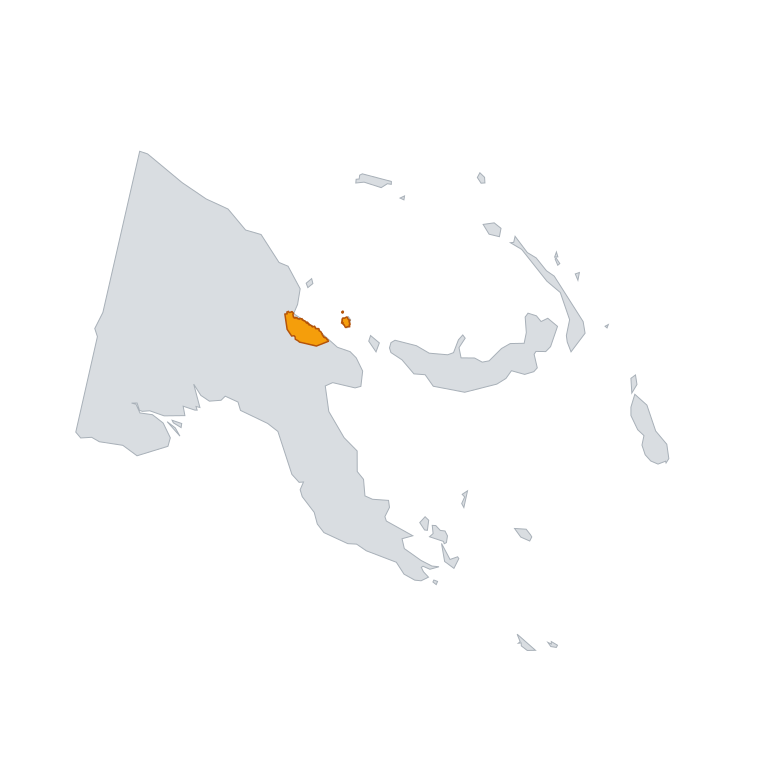 Rai Coast District, Madang, Papua New Guinea shown in context, rotated 13°
{"feature_id": "67681753B12323407332592", "entity_name": "Rai Coast District", "entity_type": "district", "adm_level": 2, "iso_a3": "PNG", "parent_name": "Papua New Guinea", "parent_adm1": "Madang", "projection": "robinson", "projection_center": [146.508, -5.549], "detail": "fine", "context": "in_parent", "style": "filled", "palette": "amber", "viewbox_px": 768, "rotation_deg": 13, "n_neighbors": 0, "source": "geoboundaries", "source_scale": "gbopen_adm2", "svg_char_len": 8437}
<svg xmlns="http://www.w3.org/2000/svg" viewBox="0 0 768 768"><g transform="rotate(13 384 384)"><path d="M94.5,500.2L94.1,402.3L89.7,395.0L94.0,377.5L93.6,212.2L101.9,213.0L142.0,233.2L169.1,243.7L192.7,248.6L214.5,265.1L230.6,266.0L254.4,289.2L264.0,290.8L280.9,310.1L281.9,325.9L280.1,335.8L305.8,345.3L330.4,358.7L343.7,360.1L351.1,364.8L360.3,376.2L362.0,391.5L356.7,394.3L333.7,394.2L327.2,399.1L336.4,423.2L357.2,445.3L372.9,455.3L377.6,475.3L385.5,481.5L390.6,497.3L398.7,498.9L414.6,496.4L417.1,503.0L414.7,513.0L417.1,517.0L446.2,525.4L436.4,530.7L440.8,539.8L459.8,547.6L471.6,550.6L478.7,549.7L470.4,554.2L463.0,552.8L461.6,554.3L464.7,558.1L470.8,562.2L464.4,567.4L458.1,568.2L446.3,564.8L436.1,554.9L404.3,550.5L393.3,546.2L384.6,547.7L358.9,542.3L350.5,535.4L344.9,524.8L329.7,512.2L326.1,505.9L327.6,497.6L323.4,498.9L314.6,492.8L291.3,454.1L279.5,448.6L250.1,442.0L245.8,434.4L232.0,431.6L228.9,436.5L217.7,440.0L208.1,436.3L198.6,426.9L209.9,448.3L205.9,448.2L207.8,451.5L205.6,452.0L193.3,450.8L197.1,459.6L176.9,464.5L161.8,462.8L154.6,465.0L151.7,464.7L147.7,458.1L142.3,459.4L146.9,459.5L152.7,467.1L165.3,466.0L177.6,471.7L187.9,484.5L187.5,493.3L159.5,509.5L143.3,502.5L119.6,504.3L111.2,501.7L100.6,504.8L94.5,500.2ZM517.2,283.3L523.0,287.8L528.8,283.1L540.1,288.8L537.9,310.1L534.3,316.0L524.7,318.1L523.6,321.3L529.7,333.8L527.2,338.3L518.9,343.0L505.2,342.4L501.6,351.1L494.0,358.7L464.5,373.9L432.5,375.1L422.0,365.7L410.9,367.4L396.1,356.4L383.7,351.8L381.2,347.6L381.5,342.1L384.9,338.9L407.0,339.4L421.1,343.8L439.5,341.2L444.7,337.8L446.6,324.2L449.7,318.5L452.8,321.1L448.9,331.7L453.2,341.2L466.4,338.3L474.8,340.6L481.2,337.8L490.5,323.0L497.9,316.2L511.4,312.8L511.1,301.9L506.5,287.0L508.4,282.6L517.2,283.3ZM678.3,392.6L676.6,397.5L675.7,395.9L669.0,400.4L661.2,399.0L654.4,394.2L649.1,385.5L648.9,375.8L641.5,371.5L631.7,359.2L629.8,351.0L630.7,337.6L644.9,345.4L659.3,368.7L673.1,379.1L678.3,392.6ZM568.5,289.3L559.0,310.6L553.1,301.9L550.8,295.8L550.4,279.6L535.2,255.2L519.6,247.2L487.9,221.9L475.4,217.9L478.5,216.8L478.5,210.6L494.1,223.7L503.9,226.9L516.8,237.1L525.6,240.6L564.0,278.4L568.5,289.3ZM315.6,184.1L345.6,185.0L346.2,187.8L342.2,188.1L337.1,193.3L319.2,191.8L311.3,194.5L310.8,190.8L313.7,189.8L313.3,186.0L315.6,184.1ZM466.3,510.3L471.8,514.0L476.5,513.5L480.0,517.7L480.5,524.5L478.6,526.1L477.3,524.0L462.7,522.6L465.5,518.7L462.8,510.9L466.3,510.3ZM463.3,214.5L452.7,214.4L444.7,206.2L455.1,202.2L463.0,206.0L463.3,214.5ZM487.8,540.1L494.6,535.8L496.2,537.3L493.6,547.9L483.0,543.3L475.9,526.4L487.8,540.1ZM543.7,495.4L555.2,493.5L560.8,498.1L562.4,499.8L561.3,504.2L551.7,502.4L543.7,495.4ZM570.0,597.8L591.5,609.4L583.5,611.4L576.7,608.3L575.9,605.4L573.2,606.4L574.6,604.4L570.0,597.8ZM369.0,354.5L359.5,345.7L360.0,339.8L370.2,345.0L369.0,354.5ZM459.2,516.8L456.4,517.1L450.0,511.0L453.9,504.1L458.2,506.7L459.2,516.8ZM627.5,337.1L623.3,322.9L627.0,318.6L630.6,327.6L627.5,337.1ZM335.9,337.1L329.3,331.6L334.1,326.4L337.1,329.1L335.9,337.1ZM437.1,165.4L433.4,166.5L428.5,161.8L429.9,156.6L435.5,160.0L437.1,165.4ZM292.1,302.1L288.1,307.2L285.5,303.3L289.8,297.6L292.1,302.1ZM489.4,469.3L489.6,486.4L486.6,483.0L488.0,475.9L485.0,473.9L489.4,469.3ZM190.5,473.7L196.9,480.7L181.2,469.5L190.5,473.7ZM196.1,472.1L187.5,469.2L185.7,467.0L195.8,468.0L196.1,472.1ZM611.8,599.5L611.2,601.9L605.6,602.3L601.8,598.9L605.5,599.7L604.9,597.3L611.8,599.5ZM549.3,231.4L549.6,239.3L545.6,233.7L549.3,231.4ZM528.2,227.1L526.6,229.2L522.6,223.7L523.4,222.6L528.2,227.1ZM480.6,564.3L480.0,567.7L476.2,565.9L476.7,563.8L480.6,564.3ZM524.8,221.0L521.7,222.0L522.3,216.6L524.8,221.0ZM361.7,196.1L362.0,200.1L357.8,199.2L361.7,196.1ZM589.2,275.6L588.7,279.2L586.4,278.0L589.2,275.6Z" fill="#d9dde1" stroke="#a8b0b8" stroke-width="1"/><path d="M309.6,362.2L320.1,355.0L319.9,354.7L319.8,354.4L319.8,354.2L319.6,353.8L319.5,353.7L319.2,353.6L318.9,353.5L318.5,353.6L318.4,353.5L318.3,353.3L318.2,353.0L317.8,352.7L317.6,352.6L317.6,352.4L317.4,352.3L317.2,352.3L317.1,352.2L316.6,352.1L316.4,352.1L316.1,352.2L315.9,351.9L315.7,351.8L315.4,351.7L315.3,351.8L315.2,352.0L314.9,352.0L314.7,351.8L314.6,351.7L314.4,351.3L314.3,351.2L314.2,351.1L314.0,350.9L313.6,350.8L313.5,350.5L313.4,350.4L313.0,350.1L312.7,349.9L312.5,349.7L312.4,349.4L312.4,349.1L312.4,348.9L312.0,348.7L311.8,348.4L311.6,348.3L311.6,348.2L311.2,347.8L311.1,347.6L310.9,347.5L310.7,347.4L310.5,347.2L310.4,347.2L310.2,347.1L309.6,346.9L309.3,346.7L309.2,346.6L308.7,346.6L308.6,346.4L308.6,346.2L308.6,345.9L308.5,345.7L308.5,345.3L308.4,345.1L308.1,344.9L307.7,344.9L307.4,344.8L307.2,345.1L306.9,345.2L306.6,345.0L306.4,345.0L306.2,345.2L305.9,345.2L305.8,345.3L305.7,345.3L305.3,345.2L305.2,345.2L305.1,345.3L305.0,345.2L304.9,345.3L304.6,345.1L304.4,344.8L304.4,344.7L304.5,344.4L304.4,344.2L304.2,344.2L303.8,344.1L303.7,344.0L303.7,343.8L303.5,343.5L303.4,343.4L303.3,343.5L303.1,343.5L302.5,343.9L302.2,343.9L302.1,344.0L301.9,344.1L301.7,344.2L301.6,344.4L301.2,344.4L300.8,344.1L300.8,343.9L300.8,343.7L300.6,343.5L300.5,343.4L300.3,343.4L299.9,343.5L299.6,343.4L299.4,343.3L299.2,343.2L299.1,343.3L298.9,343.3L298.7,343.3L298.7,343.2L298.2,342.9L298.0,343.0L297.9,342.9L297.7,343.0L297.7,342.9L297.4,342.9L297.2,342.7L297.0,342.3L297.0,342.2L296.8,342.2L296.7,341.9L296.4,341.8L296.3,341.7L296.2,341.6L296.1,341.8L296.0,341.7L295.9,341.6L295.9,341.8L295.7,341.9L295.8,342.0L295.7,342.1L295.5,341.9L295.4,341.8L295.1,341.8L294.9,341.9L294.7,342.0L294.6,341.9L294.6,341.7L294.4,341.6L294.3,341.4L294.2,341.5L294.0,341.3L293.9,341.3L293.8,341.2L293.6,340.9L293.4,340.9L293.2,340.7L292.7,340.3L292.3,340.3L292.2,340.3L292.0,340.5L291.9,340.5L291.6,340.4L291.4,340.1L291.0,339.9L290.8,340.0L290.6,340.0L290.4,340.1L290.0,340.0L289.7,339.6L289.7,339.3L289.5,339.1L289.4,338.8L289.0,338.9L288.8,339.0L288.7,339.1L288.4,339.2L288.0,339.0L287.8,339.0L287.5,339.0L287.4,339.0L287.2,339.2L287.1,339.6L286.8,339.9L286.7,340.0L286.2,339.7L285.9,339.6L285.3,339.7L285.1,339.8L284.9,339.8L284.6,339.6L284.6,339.2L284.2,338.9L283.9,338.9L283.3,339.1L283.2,339.1L283.3,339.2L283.2,339.3L283.0,339.6L282.8,339.6L282.6,339.7L282.4,339.6L282.2,339.8L281.7,339.9L281.4,339.5L281.2,339.4L280.6,339.1L280.4,338.4L280.2,338.2L280.1,337.7L279.6,336.9L279.6,336.5L279.6,336.4L279.6,336.2L279.8,336.1L279.9,335.9L280.0,335.8L280.0,335.5L278.2,334.2L277.7,334.3L277.4,334.6L277.4,334.8L277.0,334.9L276.4,335.4L276.0,335.5L275.9,335.4L275.6,335.5L275.4,335.4L275.1,335.4L274.9,335.2L274.6,335.1L274.3,335.1L274.1,335.2L274.0,335.5L274.0,335.4L273.8,335.5L273.8,335.4L273.5,335.7L273.4,335.7L273.2,335.8L273.8,337.3L271.7,338.2L277.3,352.5L283.2,358.0L285.5,357.2L286.8,358.1L287.5,360.3L290.4,361.2L292.3,362.2L309.6,362.2ZM333.1,327.2L332.7,327.1L332.4,327.2L332.4,327.4L332.3,327.5L332.1,327.6L331.8,327.9L331.6,327.9L331.5,328.1L331.3,328.2L331.1,328.4L330.9,328.5L330.6,328.6L330.5,328.8L330.4,328.9L330.1,329.0L329.8,329.0L329.5,328.8L329.4,328.8L329.2,328.9L328.9,329.2L328.6,330.3L328.6,330.5L328.9,330.7L328.9,330.9L329.0,331.1L328.9,331.2L328.9,331.4L328.9,331.5L328.8,331.9L328.8,332.0L329.1,332.0L329.2,332.3L329.1,332.6L329.2,332.8L329.2,333.1L328.9,333.4L328.9,333.5L329.0,333.8L329.0,334.0L329.3,334.0L329.9,334.1L330.2,334.2L330.3,334.1L330.3,334.3L330.3,334.5L330.2,334.6L330.6,334.8L330.7,334.7L331.0,335.0L331.3,335.1L331.6,335.2L331.6,335.3L331.6,335.5L331.9,335.7L332.0,335.8L332.4,336.0L332.9,336.7L333.1,337.0L333.6,337.4L333.7,337.5L334.3,337.5L334.5,337.4L334.7,337.2L334.8,336.9L335.0,336.7L335.3,336.6L335.4,336.4L335.6,336.3L335.8,336.3L336.0,336.3L336.1,336.2L336.5,336.3L337.0,336.1L337.3,336.1L337.6,335.9L337.4,335.7L337.2,335.3L337.1,335.2L336.9,334.7L337.1,334.4L337.0,334.2L336.9,333.9L337.0,333.8L337.1,333.7L337.3,333.7L337.5,333.7L337.4,333.3L337.1,333.2L337.1,332.8L337.1,332.6L336.9,332.5L336.7,332.4L336.7,332.2L336.8,332.0L336.7,331.9L336.3,331.7L336.1,331.3L336.1,330.9L335.9,330.7L336.2,330.2L336.4,329.9L336.3,329.7L336.2,329.8L336.0,329.5L335.9,329.4L335.7,329.4L335.5,329.5L335.4,329.5L335.4,329.4L335.3,329.2L335.0,329.0L334.8,328.9L334.5,328.9L334.4,328.8L333.8,328.1L333.6,327.6L333.2,327.2L333.1,327.2ZM327.5,322.3L327.4,322.3L327.2,322.5L326.9,322.8L326.8,323.2L326.7,323.3L326.8,323.5L326.8,323.8L327.1,324.0L327.3,324.1L327.5,324.2L328.0,323.9L328.1,323.7L328.2,323.4L328.1,322.7L327.9,322.5L327.8,322.4L327.6,322.4L327.5,322.3Z" fill="#f59e0b" stroke="#b45309" stroke-width="1.5"/></g></svg>